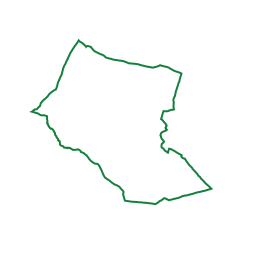 Kondoa, Dodoma, United Republic of Tanzania, rotated 286°
{"feature_id": "72390352B62044183520375", "entity_name": "Kondoa", "entity_type": "district", "adm_level": 2, "iso_a3": "TZA", "parent_name": "United Republic of Tanzania", "parent_adm1": "Dodoma", "projection": "equal_earth", "projection_center": [35.881, -4.78], "detail": "fine", "context": "isolated", "style": "outline", "palette": "green", "viewbox_px": 256, "rotation_deg": 286, "n_neighbors": 0, "source": "geoboundaries", "source_scale": "gbopen_adm2", "svg_char_len": 5705}
<svg xmlns="http://www.w3.org/2000/svg" viewBox="0 0 256 256"><g transform="rotate(286 128 128)"><path d="M195.1,164.3L195.3,163.3L195.3,162.8L195.5,161.9L195.6,158.4L195.7,156.8L195.9,155.6L196.6,153.2L196.6,152.6L197.1,151.2L197.3,150.4L197.3,149.4L197.4,148.5L197.2,145.5L197.2,144.9L197.1,143.1L197.3,142.2L197.2,141.7L197.0,141.3L196.8,141.3L196.6,141.0L196.4,140.7L195.6,139.8L194.4,137.9L194.1,137.2L193.9,136.9L193.5,136.5L193.2,136.0L192.8,134.8L192.7,133.7L192.6,133.3L192.6,132.7L192.7,132.1L192.5,131.7L192.3,130.1L192.3,129.6L192.2,129.2L192.3,128.3L192.1,127.3L192.1,125.3L192.0,123.1L191.9,121.9L192.1,121.1L192.1,120.5L191.6,116.9L191.5,116.0L191.2,115.1L191.2,114.7L190.4,110.9L190.6,110.0L190.7,108.7L190.8,108.0L191.0,104.8L189.7,95.3L189.8,92.9L189.8,91.4L189.6,90.5L189.6,88.1L189.7,87.5L189.9,86.8L190.5,85.9L191.0,84.6L191.3,83.2L191.4,81.3L191.7,79.2L192.4,75.6L192.8,74.1L194.9,71.0L195.7,69.9L195.8,67.9L195.7,66.6L195.2,65.7L194.6,65.4L194.9,65.2L195.4,63.9L196.0,63.0L196.2,62.6L197.1,60.4L197.5,58.9L197.9,57.5L198.6,56.5L195.6,55.6L191.0,53.9L183.8,51.8L182.9,51.7L178.6,51.0L177.6,51.1L177.0,50.7L174.4,50.3L172.5,50.2L170.5,49.6L169.0,49.4L167.0,49.2L165.9,49.3L161.0,49.5L158.8,49.0L156.9,48.8L154.7,48.5L152.9,48.2L149.9,48.2L148.9,48.4L147.7,48.2L146.2,48.2L145.3,48.1L145.3,47.9L145.1,47.8L143.6,46.4L142.2,45.2L139.5,43.3L138.2,42.7L136.3,42.1L134.2,40.8L133.5,40.5L133.0,40.0L132.0,39.4L130.3,38.4L129.6,38.1L128.0,37.4L127.4,37.3L125.9,37.4L125.4,37.3L124.8,37.3L124.5,37.2L124.0,36.9L123.6,36.4L123.3,36.2L121.2,35.3L120.9,35.1L120.7,34.8L120.3,33.9L120.2,33.4L120.0,33.2L119.8,33.0L119.2,32.6L119.0,32.4L118.5,32.0L117.7,31.6L117.2,31.1L117.2,31.3L117.2,32.0L117.2,34.3L117.1,35.9L117.2,37.2L117.2,37.6L116.7,38.7L116.4,40.0L116.3,40.6L116.3,41.3L116.7,42.7L117.1,43.6L117.1,46.7L117.0,46.9L116.5,47.2L116.1,47.3L115.7,47.3L114.8,47.5L114.2,47.7L113.0,48.4L111.8,48.8L111.3,49.0L111.0,49.0L110.9,48.9L110.6,48.8L110.4,48.9L110.2,49.1L110.0,49.5L109.7,50.0L109.3,50.1L108.9,50.1L108.5,50.8L108.2,51.2L107.8,51.4L107.6,51.5L107.4,51.8L106.7,52.8L106.2,53.4L106.1,53.7L106.0,54.2L106.4,54.8L106.0,55.9L105.8,56.2L105.3,56.6L105.1,56.8L104.9,57.3L104.3,57.9L103.6,58.3L103.3,58.9L102.6,59.4L101.8,59.6L101.3,59.9L100.4,61.3L100.3,61.5L100.1,61.5L99.9,61.5L99.1,62.3L98.9,62.7L98.4,63.3L98.2,63.8L98.1,64.0L97.1,64.2L96.9,64.2L96.6,64.8L96.5,66.0L95.5,66.4L93.5,67.1L93.2,67.3L92.9,67.8L92.7,68.4L92.7,68.6L92.5,69.6L92.5,70.1L92.5,70.6L92.3,71.2L91.6,71.8L91.6,72.0L91.7,72.4L91.8,73.6L92.2,74.5L92.0,75.1L92.0,75.4L92.3,75.4L92.5,75.8L92.6,76.6L92.6,77.1L92.8,77.4L92.6,77.6L92.7,78.1L92.5,78.7L92.2,79.8L91.8,80.8L91.9,81.2L92.0,81.7L92.3,82.9L93.1,84.7L93.6,85.5L93.7,86.4L93.4,87.3L93.1,88.3L92.7,88.8L91.9,89.5L91.9,90.5L91.8,91.6L91.6,92.6L91.0,93.6L90.6,94.9L90.3,95.8L89.8,96.3L88.6,98.0L88.2,98.4L87.4,99.4L86.6,100.7L85.7,102.4L85.5,103.1L84.9,105.0L84.7,105.6L84.7,106.5L85.0,107.7L85.0,108.1L85.0,108.8L84.9,109.2L84.7,109.6L82.8,111.7L82.3,112.1L81.5,112.9L81.3,113.0L81.1,113.2L80.4,113.9L79.4,114.7L75.9,117.5L74.4,119.2L74.1,119.4L73.7,120.2L73.5,121.4L72.9,122.6L72.5,124.4L71.7,126.0L71.0,127.8L70.4,129.4L70.1,130.6L69.7,133.6L69.2,135.8L69.2,135.7L68.7,136.6L68.3,137.0L67.8,137.7L66.9,139.2L66.3,140.4L65.8,141.0L65.2,141.4L63.2,141.5L62.7,141.7L62.1,142.0L61.4,142.5L60.7,142.9L58.4,144.4L57.4,144.9L57.4,145.9L58.2,152.0L58.5,153.3L59.4,157.3L59.6,158.9L60.3,161.8L60.4,163.2L60.7,164.6L61.1,166.2L61.3,167.7L61.6,169.6L62.0,171.9L62.2,173.7L62.2,174.5L62.4,175.3L62.8,175.8L63.3,176.1L63.9,176.8L65.1,177.7L65.7,178.0L66.4,178.6L67.1,179.3L67.8,180.3L68.2,180.4L69.7,181.5L70.3,182.0L70.7,182.6L70.5,183.6L70.3,184.8L70.1,186.2L69.8,187.4L69.9,187.5L71.0,189.1L71.7,190.6L72.2,191.2L72.4,191.6L72.9,192.3L73.1,193.0L73.6,193.7L74.2,194.7L74.8,195.9L76.5,198.1L77.4,198.9L77.6,199.2L77.9,199.6L78.0,200.1L78.8,201.4L79.3,202.8L80.2,204.4L80.9,205.5L83.1,209.2L84.9,211.8L87.0,215.8L88.0,217.4L88.9,219.2L90.0,220.9L90.8,222.0L91.6,223.5L92.6,224.9L94.1,222.2L96.1,218.0L97.0,216.4L97.6,215.7L98.2,214.7L99.1,212.7L100.7,210.7L101.1,210.0L101.3,209.2L101.7,208.6L102.6,207.8L104.2,205.3L106.6,201.2L107.1,200.9L107.4,200.5L108.5,198.6L108.8,197.8L109.2,197.2L110.3,195.7L110.9,195.0L112.0,193.5L112.5,193.0L113.8,191.5L114.2,191.2L114.0,190.7L114.1,190.1L114.2,188.8L114.6,188.1L114.9,187.4L115.6,187.0L116.0,186.9L116.6,187.1L116.8,186.4L117.6,182.6L118.6,179.3L119.4,175.7L119.5,174.9L119.5,173.9L119.4,173.2L118.7,173.2L117.8,173.2L116.4,173.1L116.1,173.2L115.5,173.4L115.3,173.4L115.2,173.2L115.5,172.6L116.4,169.7L116.5,169.5L117.5,168.4L118.0,167.5L118.6,165.7L119.7,165.2L121.2,164.9L121.8,164.9L122.3,165.1L123.9,166.1L124.8,166.4L125.1,166.2L125.5,165.5L126.3,164.4L126.7,163.8L127.9,162.6L128.8,162.0L129.3,161.8L129.7,161.4L130.0,161.2L130.3,161.1L132.1,161.3L132.9,161.6L133.8,162.4L135.2,164.1L135.9,165.1L136.3,165.5L137.1,165.8L137.4,165.3L137.6,164.6L138.0,164.6L138.3,164.5L138.5,164.1L138.8,164.0L139.2,164.2L139.9,164.1L140.1,164.1L140.5,164.5L141.1,164.3L141.3,164.3L142.5,162.8L143.0,161.9L144.9,159.3L145.5,158.1L145.7,157.3L147.3,157.4L150.8,157.4L152.3,157.3L153.2,157.5L154.0,157.5L154.0,158.0L154.2,158.5L154.7,160.5L155.1,161.5L156.7,163.6L157.1,164.0L157.5,165.0L158.2,166.6L158.6,167.1L158.9,166.9L160.7,166.0L162.1,165.6L162.8,165.4L163.0,165.4L164.0,165.1L165.3,165.0L165.8,164.6L166.3,164.4L166.7,164.1L167.4,163.9L167.9,163.8L169.1,163.9L170.4,164.0L171.6,164.3L174.2,164.1L174.9,164.1L175.3,164.0L176.7,163.9L179.3,164.1L180.9,164.1L181.4,164.2L182.1,164.2L182.7,164.1L183.3,164.2L185.3,164.2L186.5,164.5L187.9,164.4L189.9,164.3L194.2,164.4L195.1,164.3Z" fill="none" stroke="#15803d" stroke-width="2"/></g></svg>